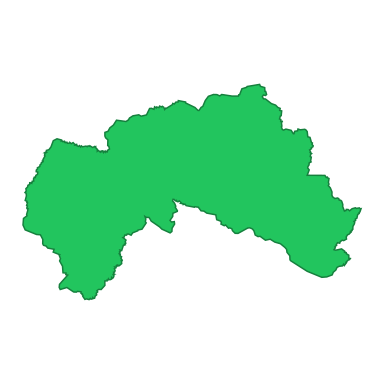 the district of Sanam Chai Khet, Chachoengsao, Thailand
{"feature_id": "78962969B69796195925566", "entity_name": "Sanam Chai Khet", "entity_type": "district", "adm_level": 2, "iso_a3": "THA", "parent_name": "Thailand", "parent_adm1": "Chachoengsao", "projection": "albers", "projection_center": [101.646, 13.611], "detail": "fine", "context": "isolated", "style": "filled", "palette": "green", "viewbox_px": 384, "rotation_deg": 0, "n_neighbors": 0, "source": "geoboundaries", "source_scale": "gbopen_adm2", "svg_char_len": 5955}
<svg xmlns="http://www.w3.org/2000/svg" viewBox="0 0 384 384"><path d="M213.5,94.5L208.4,96.3L205.3,100.5L202.8,106.4L201.1,107.4L199.0,110.5L197.9,110.4L195.0,107.5L185.7,103.0L185.6,102.0L178.3,100.6L178.1,102.0L175.9,102.1L174.3,104.0L172.8,103.4L172.3,104.7L166.4,108.3L165.7,108.1L164.7,109.5L163.8,107.3L162.3,106.3L161.5,106.9L159.6,106.1L159.0,107.6L156.6,107.0L156.3,107.9L154.6,106.8L153.9,109.3L151.5,108.3L149.6,108.5L146.5,114.9L141.1,116.2L138.8,114.8L133.0,115.8L129.5,118.0L128.4,119.9L126.0,121.5L116.5,120.2L113.4,125.1L109.9,127.8L108.0,131.3L104.9,132.4L104.9,136.0L105.6,137.8L107.9,139.9L107.7,145.6L108.8,146.3L109.5,149.0L107.4,150.4L107.3,151.8L106.0,151.5L105.7,152.1L105.1,151.0L103.5,152.6L102.9,150.8L101.5,151.0L101.5,151.7L100.3,151.4L100.2,152.0L98.1,150.3L97.3,151.1L97.3,149.3L95.8,147.8L95.7,146.6L94.9,147.0L94.6,146.5L92.7,147.5L89.9,145.8L89.7,146.3L88.1,145.9L87.2,146.7L86.0,146.1L82.5,146.8L81.4,145.9L80.6,147.0L79.5,145.6L78.6,146.4L76.9,145.7L76.8,144.9L75.2,145.1L75.7,144.5L75.0,144.6L73.1,142.6L71.2,143.7L69.9,142.5L69.8,143.1L67.4,143.3L66.9,142.2L65.5,142.6L64.8,141.6L64.6,142.2L63.7,141.4L62.8,141.7L62.0,140.7L61.3,141.0L61.5,140.0L57.0,138.8L53.3,140.7L51.0,146.9L48.9,149.7L46.4,150.4L46.4,151.6L44.7,152.7L45.9,152.8L45.0,153.3L44.5,155.4L45.0,156.0L43.0,159.5L43.1,161.3L42.4,161.1L42.4,162.2L41.3,162.8L41.1,164.0L40.0,164.9L39.8,166.5L37.4,167.8L37.5,168.9L36.3,170.1L36.2,171.7L37.8,172.1L37.5,174.4L35.9,175.3L35.3,177.5L34.3,177.2L33.5,178.9L33.7,181.1L32.2,181.3L32.1,182.5L31.3,182.6L31.5,183.3L29.7,182.8L29.6,184.5L27.9,185.3L27.6,187.0L25.9,188.6L26.2,190.9L25.0,192.6L26.1,193.2L26.4,195.9L25.2,200.5L27.0,201.3L26.8,202.3L27.5,202.8L26.6,205.4L27.4,205.9L26.8,208.0L27.8,208.6L27.3,208.9L27.9,209.8L26.6,214.5L27.0,215.8L23.5,218.4L23.0,225.0L25.2,229.9L36.6,234.5L40.4,234.8L42.8,239.4L42.7,243.7L43.5,245.3L46.0,246.0L47.8,248.1L54.1,249.3L53.2,252.1L59.7,254.7L59.2,255.3L60.5,258.7L59.6,260.9L62.5,266.2L63.0,272.8L66.1,273.1L65.8,274.6L67.7,275.1L59.5,284.3L59.2,287.4L60.2,289.5L66.9,287.5L73.7,292.0L76.4,292.1L77.5,291.4L81.0,291.8L81.0,293.3L82.3,293.9L82.1,294.6L83.0,295.3L82.8,296.3L84.9,299.4L86.6,298.9L89.1,299.6L90.2,298.4L91.0,299.2L92.6,298.8L92.8,297.8L93.3,298.5L94.6,298.2L95.1,296.2L96.7,294.8L96.2,293.2L97.7,291.9L96.9,290.7L98.7,289.4L101.2,289.5L104.9,285.4L104.8,281.0L107.2,280.8L107.1,280.0L108.0,280.0L108.4,278.9L108.9,279.7L110.5,279.6L111.7,279.0L111.7,277.5L112.5,278.2L113.3,277.7L114.0,275.8L113.2,274.7L114.2,274.3L113.4,274.1L114.0,272.9L113.6,272.2L114.7,271.8L115.1,270.7L114.4,268.5L115.7,267.9L115.0,267.0L116.1,267.2L116.9,266.1L116.4,265.6L117.1,265.0L117.7,265.0L117.5,266.0L119.3,265.7L121.7,263.6L121.5,261.6L122.0,260.9L121.4,260.4L122.1,260.0L120.9,258.2L121.6,256.8L120.3,256.0L120.3,254.4L119.8,254.7L119.1,253.6L120.0,252.3L119.6,251.7L120.5,251.1L120.0,250.1L121.7,250.5L123.3,245.5L125.1,244.8L124.5,244.2L125.8,243.2L125.2,241.8L126.0,240.1L123.0,237.6L124.0,237.3L124.8,235.1L126.6,235.1L127.1,234.1L128.4,234.0L131.1,235.2L132.7,232.8L137.8,230.8L138.1,230.0L142.0,229.2L146.2,222.9L145.4,221.9L145.8,218.9L145.0,216.5L146.2,217.3L149.1,217.5L151.2,221.1L159.6,226.9L161.8,229.1L170.1,232.9L171.9,231.5L172.1,228.2L174.6,224.1L174.3,221.6L171.5,222.0L170.0,220.4L172.7,216.5L172.9,213.3L177.3,211.4L177.4,210.7L175.3,207.3L175.8,206.2L174.5,203.1L172.6,201.0L173.0,199.3L174.1,199.4L175.4,200.9L176.5,200.4L176.8,201.4L178.0,201.8L179.3,200.9L181.2,202.8L180.6,203.3L183.5,203.9L183.3,204.5L185.2,204.3L186.1,205.6L194.4,207.2L194.7,206.7L198.3,207.2L201.0,210.8L203.9,211.1L206.7,213.1L215.8,214.8L216.7,219.7L220.8,221.2L221.3,222.5L221.0,224.1L224.2,225.7L225.6,225.0L228.5,228.2L229.8,227.9L231.8,228.7L232.5,230.7L235.1,233.3L238.0,233.4L247.8,228.0L249.9,227.8L252.5,229.0L254.0,231.0L255.2,235.0L258.0,236.6L260.1,236.3L265.4,240.2L270.2,239.2L274.8,242.1L280.4,243.7L285.0,247.5L286.6,249.4L287.0,252.3L289.8,255.8L290.0,259.8L290.6,260.7L307.2,271.3L321.8,277.3L326.8,276.9L332.2,274.9L333.3,272.2L335.8,270.1L337.0,267.4L339.2,266.3L342.5,265.9L343.6,264.2L344.3,265.5L346.5,262.6L346.0,262.2L348.8,259.6L349.5,259.7L350.3,258.5L348.8,258.2L348.8,255.2L346.4,253.7L346.2,252.6L344.6,252.3L344.8,251.3L341.6,248.9L335.7,250.2L334.0,249.7L335.3,247.8L334.9,246.8L336.6,245.3L336.2,244.8L337.5,242.7L339.7,243.2L340.2,241.7L342.2,240.2L343.7,240.6L346.5,239.1L346.2,237.0L347.5,234.8L349.0,234.2L350.2,233.0L350.4,231.7L351.1,232.0L351.2,230.9L352.1,230.6L352.2,229.5L352.8,229.3L352.9,226.5L354.4,223.8L354.7,222.2L354.0,221.4L355.6,220.5L355.4,219.0L356.9,218.2L357.7,214.5L359.2,213.5L359.0,212.7L359.9,212.0L361.0,208.8L360.4,209.0L359.4,207.9L356.4,208.4L355.4,207.8L352.1,208.7L349.6,210.8L348.1,209.5L346.3,209.4L346.0,210.5L344.4,211.0L342.7,206.6L342.8,204.5L341.7,201.2L340.6,200.2L339.3,200.2L338.8,198.7L337.6,198.0L334.8,198.5L332.6,196.8L331.9,195.2L332.0,192.0L330.3,187.8L328.3,185.7L329.0,184.1L328.4,182.5L329.0,178.5L327.7,177.9L327.4,177.1L326.3,177.5L324.9,175.4L307.2,175.3L309.2,169.9L307.7,168.0L307.9,166.6L309.0,165.0L309.2,162.9L311.1,161.9L310.6,161.1L311.3,157.1L310.2,156.6L310.7,154.2L311.6,153.6L310.2,152.6L310.7,152.2L309.6,149.9L311.5,148.7L311.3,147.7L312.9,146.8L313.2,145.8L312.0,144.4L312.4,143.0L311.4,142.3L310.0,137.4L307.8,136.8L307.2,131.6L306.1,130.1L304.8,129.3L300.3,129.8L298.0,129.0L297.6,130.8L294.7,131.3L294.0,133.7L293.3,133.7L291.1,130.3L285.9,129.1L283.5,130.1L282.3,129.5L281.4,126.8L281.9,126.2L281.4,122.2L282.3,121.7L282.1,121.2L280.7,121.2L280.8,119.5L279.5,119.0L280.3,116.1L281.2,115.7L281.7,110.9L279.7,110.4L280.2,108.4L277.8,107.4L275.6,105.1L271.4,103.6L265.5,99.0L263.5,98.8L262.3,96.7L263.4,95.0L265.5,95.5L266.6,94.5L265.7,91.4L264.9,91.3L264.7,87.6L260.4,86.3L259.6,84.4L247.1,86.5L246.6,87.3L241.9,88.8L239.6,94.7L238.7,94.8L238.3,96.1L232.2,96.1L221.7,94.5L219.8,95.9L216.9,94.6L213.5,94.5Z" fill="#22c55e" stroke="#15803d" stroke-width="1.5"/></svg>